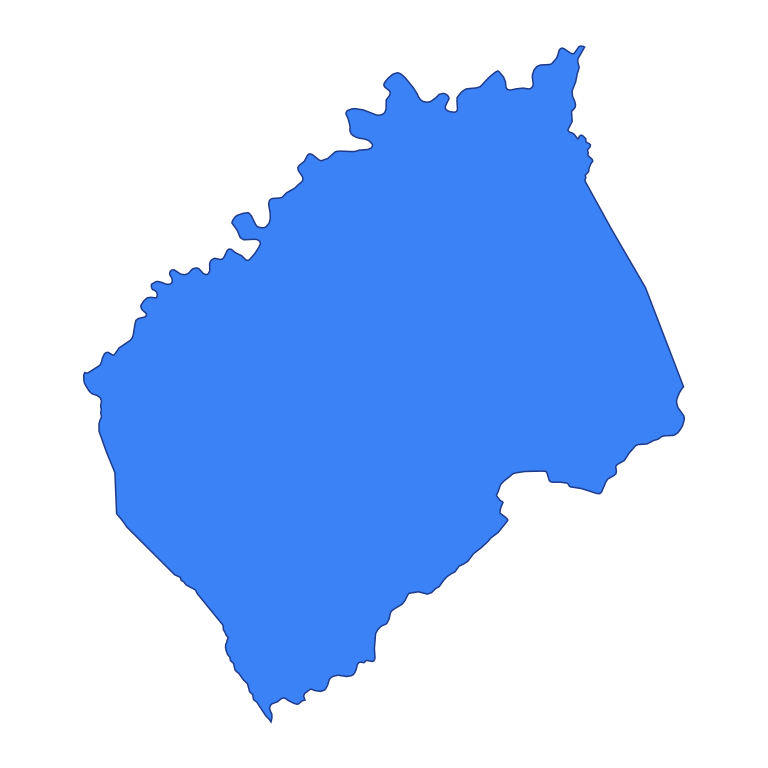 Tocoa, Colón, Honduras (Mercator projection)
{"feature_id": "27666195B94157421146472", "entity_name": "Tocoa", "entity_type": "district", "adm_level": 2, "iso_a3": "HND", "parent_name": "Honduras", "parent_adm1": "Colón", "projection": "mercator", "projection_center": [-85.973, 15.578], "detail": "fine", "context": "isolated", "style": "filled", "palette": "blue", "viewbox_px": 768, "rotation_deg": 0, "n_neighbors": 0, "source": "geoboundaries", "source_scale": "gbopen_adm2", "svg_char_len": 6040}
<svg xmlns="http://www.w3.org/2000/svg" viewBox="0 0 768 768"><path d="M157.3,294.7L156.9,297.1L156.1,297.9L150.7,297.3L147.3,297.8L144.0,300.7L141.1,305.0L140.8,306.4L141.4,308.7L142.2,309.9L146.3,313.5L146.3,315.3L145.8,316.2L144.7,317.0L138.4,318.5L135.9,320.4L134.8,325.1L133.1,335.6L132.0,338.1L130.2,340.4L119.2,347.8L114.2,354.9L112.7,355.0L108.3,352.4L106.9,352.4L105.4,353.0L104.1,354.5L102.3,358.4L101.7,361.5L100.0,365.2L87.9,372.9L86.6,373.2L84.8,372.5L83.8,374.7L83.7,378.7L84.3,382.7L85.8,385.8L89.4,391.4L91.9,393.7L97.0,395.5L98.8,396.6L100.3,398.0L101.2,400.0L101.4,401.8L100.6,405.9L101.3,409.7L100.7,412.7L101.5,417.1L100.1,420.0L99.0,423.6L99.0,431.1L106.2,451.4L114.9,472.6L116.6,513.7L122.8,521.1L126.9,527.1L174.6,574.7L180.4,577.4L181.1,580.3L183.8,581.9L186.2,585.0L195.4,589.9L197.4,593.8L223.0,625.2L223.4,629.7L225.0,632.3L226.1,635.1L228.2,637.5L226.9,640.8L226.9,642.2L225.8,644.1L225.5,647.4L226.1,650.4L227.6,654.5L229.9,657.3L230.5,660.7L233.5,663.4L235.1,670.0L236.3,671.5L238.8,673.3L243.4,679.8L247.5,683.8L249.6,691.7L252.7,694.6L253.5,699.5L256.8,702.1L265.7,715.7L269.4,719.5L271.0,721.9L271.9,718.2L271.9,714.9L271.5,713.1L270.3,711.1L269.6,708.0L270.4,705.4L272.2,703.7L277.4,701.8L282.0,698.2L284.0,698.0L285.3,698.4L288.6,700.7L294.0,703.4L296.8,704.2L298.4,704.0L302.0,700.9L305.0,700.1L303.7,696.5L304.0,694.7L304.9,693.3L310.2,689.3L311.3,689.1L314.8,690.5L320.4,691.4L324.4,690.2L325.5,689.0L327.5,685.5L329.3,679.4L331.4,677.2L333.4,676.2L338.0,675.2L346.7,676.5L351.6,675.6L353.4,674.5L354.8,672.6L356.1,669.8L357.4,664.4L358.8,662.6L360.6,662.1L363.9,662.7L365.8,660.8L366.8,660.4L372.2,661.5L373.8,660.9L374.6,659.6L375.0,657.8L374.4,648.5L375.6,633.7L377.3,630.4L380.4,626.9L382.2,625.6L385.8,624.2L386.9,623.2L389.1,619.0L390.4,613.0L391.5,611.1L394.0,609.1L402.3,604.0L404.9,600.7L408.1,594.3L409.0,593.3L418.4,591.8L427.3,594.1L431.6,592.6L435.9,588.3L439.1,586.7L443.6,580.4L447.1,576.6L451.0,573.9L455.0,571.8L459.1,566.1L463.3,564.2L467.8,561.3L473.5,553.7L481.6,547.4L487.8,541.6L491.0,537.8L498.2,532.4L507.1,521.3L507.7,520.5L507.6,519.4L505.6,517.4L500.0,513.1L500.1,510.6L501.0,507.1L503.0,502.4L502.4,501.7L500.4,500.6L496.8,496.2L496.5,495.1L498.3,491.3L500.1,485.7L501.1,484.0L504.1,480.9L509.7,476.6L512.8,473.8L515.8,472.9L524.6,471.5L541.6,471.1L545.2,471.3L546.2,471.8L546.9,472.7L549.2,480.4L550.4,481.7L552.7,482.2L560.4,482.2L566.6,483.0L568.0,483.7L569.4,486.2L570.5,486.9L581.2,488.5L596.6,493.4L599.7,493.7L601.6,492.0L605.8,482.0L607.8,479.0L613.8,475.6L615.9,473.8L616.4,471.3L615.8,466.9L616.3,465.4L617.8,464.2L624.4,460.4L629.1,453.1L635.7,445.6L638.1,444.6L647.1,443.9L653.6,440.5L657.9,439.3L662.3,436.2L666.1,435.7L672.4,435.5L674.6,435.0L678.0,432.6L680.6,429.1L682.5,425.7L684.0,420.8L684.3,418.1L683.8,415.8L678.0,407.6L677.1,404.9L676.5,401.3L677.1,398.3L679.4,392.7L682.4,387.9L683.6,386.9L645.5,287.7L611.3,228.8L585.2,181.4L585.0,179.8L585.8,177.6L585.2,175.3L588.6,171.7L589.1,167.9L590.9,163.8L592.7,161.2L592.6,160.2L592.0,159.2L587.8,155.3L588.2,152.5L587.4,150.0L590.2,146.7L590.5,144.9L589.5,143.9L585.9,141.9L585.8,138.8L582.8,135.8L581.5,135.2L580.4,135.4L579.3,136.5L578.3,138.6L577.7,138.9L574.2,134.3L572.0,132.9L569.3,132.1L567.8,130.0L572.2,121.3L571.5,111.5L574.6,108.2L575.3,106.8L575.5,104.4L574.7,101.2L572.5,96.2L572.1,90.8L575.7,81.8L577.3,73.5L579.0,68.3L579.1,66.9L577.8,62.3L577.8,59.0L584.6,47.1L583.2,46.4L580.5,46.1L579.1,46.5L574.2,53.3L572.9,53.9L570.5,53.1L564.1,48.7L562.5,48.1L561.2,48.3L560.1,49.0L559.1,50.4L557.5,56.0L556.3,58.5L551.8,63.7L549.8,64.5L540.5,65.0L536.8,66.5L534.1,69.8L532.5,74.6L532.3,77.4L533.2,83.4L533.0,85.6L531.9,87.5L530.0,88.8L528.5,88.9L523.1,88.1L516.5,88.8L510.4,90.1L507.9,89.6L506.8,88.7L505.9,87.0L505.5,81.9L503.5,77.0L498.9,71.5L498.1,71.0L497.1,71.2L494.5,72.8L489.2,77.2L480.2,86.7L476.3,87.9L466.6,88.8L464.2,90.0L461.1,92.4L457.1,97.6L457.0,101.6L457.5,109.2L456.7,111.2L454.7,112.3L449.6,111.6L446.9,110.3L445.7,109.2L445.3,107.3L445.6,105.7L449.0,98.7L448.5,96.6L446.7,94.6L443.5,93.4L439.3,94.3L435.6,98.0L430.8,101.4L429.4,101.9L426.6,102.2L422.9,101.4L420.5,99.7L418.2,96.4L417.4,94.3L413.3,87.7L405.4,78.0L402.8,75.5L400.2,73.6L398.1,72.8L395.9,73.1L392.7,74.3L388.3,78.0L385.3,81.5L384.0,83.8L383.9,85.3L384.6,86.9L389.1,90.5L390.0,91.9L390.2,93.4L389.7,95.3L386.2,99.9L386.1,108.6L385.1,111.8L383.5,113.8L380.4,115.1L376.7,115.1L363.3,109.9L354.8,108.6L351.9,108.9L347.8,110.4L346.9,111.1L346.0,112.8L346.0,114.1L348.0,118.3L349.6,124.4L350.1,126.9L349.9,130.7L351.1,133.8L353.0,135.6L356.3,137.3L359.3,138.2L365.3,139.2L368.5,140.5L371.0,142.6L372.4,144.5L372.5,146.1L371.2,148.0L367.8,149.5L359.5,150.1L356.1,151.2L353.1,151.6L340.5,151.1L336.4,151.4L334.9,152.1L327.9,158.4L321.2,160.8L319.1,160.0L312.5,154.7L310.1,153.8L308.7,154.1L307.5,155.3L304.3,161.3L300.0,164.7L298.6,166.3L297.8,167.9L298.3,170.5L302.5,176.8L302.9,179.7L301.9,181.8L298.9,184.1L294.8,188.1L286.5,192.8L282.0,197.4L280.2,197.9L272.3,198.5L270.5,199.4L269.4,200.7L268.6,204.0L270.2,213.5L270.2,219.3L269.1,223.1L266.5,226.3L264.7,227.5L262.7,227.8L259.5,227.4L257.2,226.5L255.7,224.7L251.5,216.1L249.7,213.8L248.2,212.7L243.3,213.3L237.3,215.3L235.4,216.6L233.1,219.7L232.0,222.1L232.0,223.2L237.1,230.1L240.3,237.7L243.7,239.8L254.0,239.3L256.8,239.5L258.9,240.6L260.1,242.1L260.3,244.0L258.7,247.5L254.7,253.7L249.4,259.7L247.9,260.4L246.1,260.1L241.5,255.6L237.0,253.5L234.5,252.0L231.5,249.4L229.0,249.1L227.2,250.4L223.9,257.4L222.8,258.8L220.5,259.5L214.6,258.3L212.7,259.2L211.1,260.4L210.1,262.0L209.6,264.0L209.8,270.7L208.5,273.3L207.3,274.5L205.3,274.4L203.4,273.6L199.2,269.0L197.0,267.9L193.1,268.6L191.5,269.9L188.7,273.1L186.6,274.2L184.6,274.7L180.9,274.2L174.1,269.8L171.9,270.0L170.4,271.1L169.7,273.0L169.8,274.7L171.6,277.7L172.2,279.9L172.1,282.1L171.0,283.6L169.0,284.3L166.1,284.2L161.5,282.3L157.3,281.4L155.1,282.1L151.5,284.3L151.3,286.2L151.9,288.5L152.8,289.7L154.7,290.4L156.1,291.5L156.9,292.8L157.3,294.7Z" fill="#3b82f6" stroke="#1e3a8a" stroke-width="1.5"/></svg>